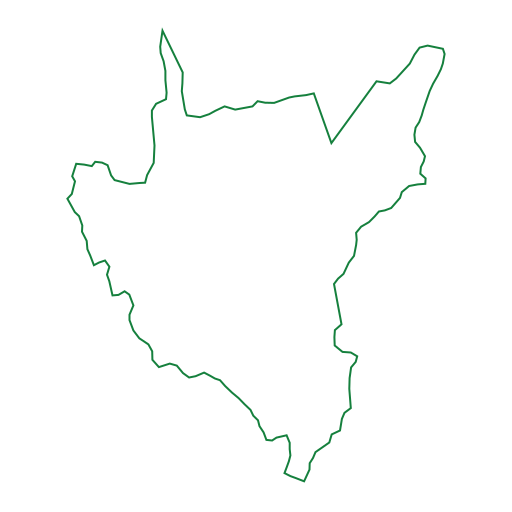 Ipaumirim, Ceará, Brazil (Mercator projection), rotated 90°
{"feature_id": "56859067B32176029427758", "entity_name": "Ipaumirim", "entity_type": "district", "adm_level": 2, "iso_a3": "BRA", "parent_name": "Brazil", "parent_adm1": "Ceará", "projection": "mercator", "projection_center": [-38.742, -6.809], "detail": "fine", "context": "isolated", "style": "outline", "palette": "green", "viewbox_px": 512, "rotation_deg": 90, "n_neighbors": 0, "source": "geoboundaries", "source_scale": "gbopen_adm2", "svg_char_len": 2199}
<svg xmlns="http://www.w3.org/2000/svg" viewBox="0 0 512 512"><g transform="rotate(90 256 256)"><path d="M198.7,444.6L212.1,437.2L216.2,432.9L225.5,429.7L231.7,430.0L240.9,425.3L249.2,424.6L255.5,421.8L265.2,418.1L262.5,412.9L260.5,407.0L266.7,402.6L274.7,405.0L281.2,402.7L295.4,399.5L294.9,393.5L291.3,387.4L294.6,382.7L305.4,378.6L314.7,382.5L320.1,382.5L330.5,378.6L338.3,372.7L344.4,363.6L351.3,359.8L359.8,359.6L367.1,353.1L363.6,342.2L365.6,335.2L373.1,329.0L377.5,322.9L376.2,316.4L372.6,307.9L375.8,301.8L378.5,297.1L380.2,292.0L386.1,286.8L392.6,280.0L398.2,273.3L404.3,267.4L409.9,261.5L415.7,258.7L420.3,254.0L426.2,252.5L432.4,248.4L439.9,245.6L440.5,239.9L437.6,235.5L435.3,225.4L442.8,222.3L449.2,222.3L455.4,221.6L461.2,223.1L467.0,225.2L473.1,227.5L476.1,221.6L478.0,216.4L481.3,207.9L469.6,202.5L463.2,202.3L458.0,199.0L452.1,196.5L442.5,182.7L434.4,180.3L430.5,172.0L418.9,170.1L412.8,167.5L408.1,161.2L388.9,162.7L378.1,162.4L367.4,160.9L361.9,156.3L356.3,154.8L352.5,161.2L351.9,169.5L345.5,177.3L337.1,177.6L330.1,177.1L324.3,170.5L284.0,178.0L278.6,173.9L273.9,168.5L262.6,163.2L255.9,158.0L245.1,155.9L239.8,155.3L232.8,155.9L226.7,150.9L222.1,143.0L216.5,137.4L211.5,133.1L210.4,127.2L208.0,120.8L202.5,116.0L197.9,112.0L192.1,110.2L186.0,102.9L184.4,94.3L183.8,86.7L178.4,86.4L173.7,91.7L167.0,91.1L161.5,88.3L156.2,87.0L147.7,92.0L141.9,96.9L134.7,97.6L127.6,96.4L122.1,92.8L115.5,90.3L109.8,88.7L102.3,86.2L91.0,82.3L83.7,78.9L75.9,74.4L69.2,71.1L63.6,69.2L54.0,67.4L48.8,69.1L45.6,84.4L47.6,92.4L54.6,97.5L63.6,102.2L78.5,115.8L83.4,122.2L81.3,135.5L143.1,180.6L93.4,198.2L95.1,205.9L96.4,217.3L97.5,222.8L102.9,237.9L102.7,246.9L101.2,254.4L106.4,259.5L109.6,276.8L106.4,287.4L110.8,296.7L114.2,302.9L117.2,311.9L115.4,325.2L109.3,327.2L91.2,330.2L83.4,329.6L72.4,329.3L30.7,349.5L46.7,351.8L53.1,351.3L61.2,348.4L70.9,346.6L80.2,346.6L92.7,345.4L99.2,346.0L103.8,355.9L110.5,360.1L116.9,360.1L145.5,357.5L162.9,358.3L175.1,364.9L182.7,366.9L183.0,372.5L183.9,382.5L180.1,397.4L175.4,400.9L165.2,404.4L162.6,410.0L161.8,416.8L166.1,420.2L164.6,427.8L163.8,435.8L176.3,439.8L181.3,437.0L194.0,440.2L198.7,444.6Z" fill="none" stroke="#15803d" stroke-width="2"/></g></svg>